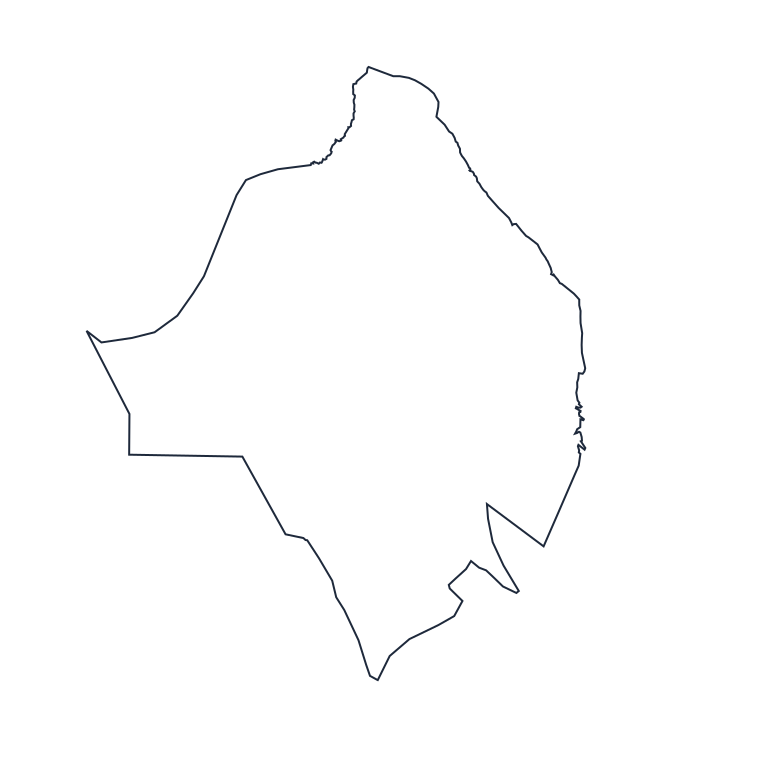 Agwara, Niger, Nigeria (Robinson projection), rotated 317°
{"feature_id": "59680162B64027612781435", "entity_name": "Agwara", "entity_type": "district", "adm_level": 2, "iso_a3": "NGA", "parent_name": "Nigeria", "parent_adm1": "Niger", "projection": "robinson", "projection_center": [4.614, 10.721], "detail": "fine", "context": "isolated", "style": "outline", "palette": "slate", "viewbox_px": 768, "rotation_deg": 317, "n_neighbors": 0, "source": "geoboundaries", "source_scale": "gbopen_adm2", "svg_char_len": 3514}
<svg xmlns="http://www.w3.org/2000/svg" viewBox="0 0 768 768"><g transform="rotate(317 384 384)"><path d="M202.7,142.3L177.4,232.3L149.4,261.9L230.9,340.5L209.5,426.8L220.0,441.7L220.2,444.6L221.3,445.9L217.6,467.1L212.0,492.5L203.6,507.4L200.8,522.2L190.6,554.0L179.4,577.3L174.7,587.9L177.4,596.1L177.5,596.3L202.7,586.8L228.7,587.9L259.4,597.4L277.1,601.6L293.4,596.2L292.6,578.4L294.4,575.1L304.1,575.1L317.8,575.3L326.9,572.8L328.3,583.2L331.6,589.9L332.3,600.9L332.9,613.2L338.3,627.1L341.4,627.3L347.6,598.3L355.6,573.8L368.2,553.5L377.4,542.0L390.0,611.6L424.8,596.5L463.0,579.8L470.7,576.5L479.3,569.6L480.0,569.1L479.9,567.8L479.8,566.9L481.4,565.7L483.4,561.7L484.7,561.1L485.9,568.8L487.1,568.3L487.6,568.1L488.7,561.6L488.9,560.1L490.1,560.5L492.4,557.6L494.5,553.4L494.0,551.9L491.8,551.5L491.4,551.3L489.9,550.6L492.4,549.8L494.4,548.8L498.1,549.4L503.6,543.8L505.4,547.0L505.4,546.9L506.2,545.9L505.3,540.7L505.2,540.6L506.1,539.0L507.4,537.8L508.5,538.4L509.4,537.8L508.0,533.4L507.7,532.6L509.1,531.8L510.1,533.9L511.6,535.3L512.2,535.3L513.0,535.4L512.8,532.6L512.7,531.7L513.6,531.2L514.1,531.0L514.4,528.3L514.5,527.9L518.7,521.5L523.1,518.3L526.4,514.5L529.5,512.8L533.9,509.0L536.3,512.0L539.1,511.5L541.9,509.7L546.1,502.7L550.0,496.2L555.2,490.2L560.4,485.0L563.6,482.0L569.3,473.5L573.7,468.6L577.6,464.6L580.4,459.7L583.7,456.1L584.4,455.4L584.4,454.9L584.5,451.1L584.5,447.4L582.3,432.0L581.4,430.2L582.2,426.5L582.4,421.9L582.7,419.8L581.9,420.0L581.4,418.4L581.1,417.6L583.0,416.6L584.5,413.8L585.0,413.0L586.8,407.6L587.4,406.0L587.7,403.7L588.3,401.8L589.1,395.4L590.5,390.2L591.5,386.7L590.4,379.7L589.7,375.3L588.9,372.6L589.1,365.7L589.8,357.0L587.8,355.5L586.2,355.3L587.3,352.6L588.6,347.9L587.9,333.4L588.1,324.7L588.3,317.2L589.5,313.8L589.1,311.8L589.0,309.9L589.4,306.5L590.4,302.6L590.4,299.8L590.4,299.4L591.8,297.4L592.2,296.9L592.8,295.1L592.4,292.6L593.1,291.7L593.4,290.7L593.6,289.4L593.1,288.2L592.6,287.4L592.2,286.9L592.2,286.1L593.0,286.2L593.3,286.2L593.7,285.7L593.9,285.3L594.0,285.0L593.9,284.4L593.7,283.9L594.7,281.1L595.7,277.2L596.3,273.4L596.5,270.3L597.3,267.4L597.6,266.5L599.6,264.2L600.0,263.7L600.8,260.6L600.8,260.4L601.5,259.0L602.2,257.7L601.8,255.6L603.5,252.2L604.7,247.6L603.8,243.7L605.2,235.7L604.6,225.1L604.6,224.3L612.6,218.4L615.8,215.3L616.2,214.9L618.6,205.6L617.9,198.2L616.0,190.0L613.8,183.0L611.0,177.1L605.5,169.7L600.7,165.2L588.9,141.6L587.3,141.8L585.1,143.5L583.8,144.6L577.2,144.3L573.3,144.2L573.0,144.1L570.3,144.1L568.6,145.3L567.5,144.6L566.1,143.8L563.9,145.5L562.3,147.8L560.9,149.1L559.2,151.0L559.3,151.6L559.5,153.1L558.7,153.8L557.8,154.7L555.5,155.6L553.8,157.6L553.2,158.8L552.9,159.5L550.9,161.5L549.3,162.9L548.7,164.2L548.6,164.6L546.3,165.3L544.7,167.0L543.6,168.5L542.3,169.7L540.4,169.2L539.0,170.2L537.1,171.3L535.9,172.8L534.1,172.7L533.0,171.9L532.7,172.6L525.7,174.5L524.7,175.9L523.7,175.7L522.4,176.1L519.3,175.5L518.8,176.7L518.3,176.6L516.8,175.9L516.1,174.5L515.3,172.3L514.3,172.9L513.9,174.1L511.3,174.6L509.1,174.4L504.4,176.5L504.1,177.4L504.1,177.7L504.1,178.5L503.4,178.8L502.7,179.3L500.2,179.6L499.2,178.8L496.7,178.8L495.4,180.1L493.9,179.7L492.9,178.6L492.8,178.0L490.3,179.3L489.2,179.6L488.2,178.3L486.5,178.4L485.7,176.3L484.9,175.4L484.6,173.8L483.3,173.5L482.6,174.5L481.4,173.0L479.7,173.9L452.9,154.6L436.7,146.3L422.1,140.7L405.0,145.3L325.8,182.4L306.3,187.5L279.4,193.1L251.5,189.7L231.2,178.5L205.7,160.9L202.7,142.3Z" fill="none" stroke="#1e293b" stroke-width="2"/></g></svg>